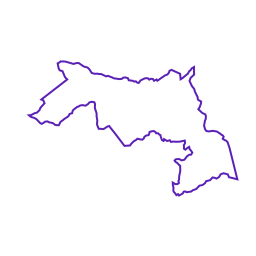 Taquara, Rio Grande do Sul, Brazil, rotated 250°
{"feature_id": "56859067B74945803904377", "entity_name": "Taquara", "entity_type": "district", "adm_level": 2, "iso_a3": "BRA", "parent_name": "Brazil", "parent_adm1": "Rio Grande do Sul", "projection": "robinson", "projection_center": [-50.778, -29.634], "detail": "fine", "context": "isolated", "style": "outline", "palette": "violet", "viewbox_px": 256, "rotation_deg": 250, "n_neighbors": 0, "source": "geoboundaries", "source_scale": "gbopen_adm2", "svg_char_len": 3356}
<svg xmlns="http://www.w3.org/2000/svg" viewBox="0 0 256 256"><g transform="rotate(250 128 128)"><path d="M47.7,156.9L49.1,158.6L48.8,160.1L47.6,161.1L46.7,165.5L47.4,168.0L47.3,169.7L47.5,171.7L49.4,175.4L49.0,177.6L49.1,179.3L49.9,181.7L51.3,183.1L50.9,187.3L52.6,190.5L51.7,192.2L50.2,193.9L50.8,196.8L52.8,199.2L52.8,202.3L50.3,205.9L47.1,206.1L46.3,207.5L42.4,213.2L48.1,213.8L61.3,215.2L69.0,216.0L74.7,216.6L79.0,216.7L80.9,216.7L82.6,215.8L83.8,214.5L85.5,213.3L87.0,214.9L88.4,214.6L89.6,213.6L91.1,212.7L94.2,210.4L96.3,206.8L96.8,204.4L97.2,202.6L98.4,200.6L100.6,200.0L102.4,200.2L104.0,200.2L108.6,202.8L109.7,204.0L112.6,205.3L114.3,205.3L116.8,202.9L121.5,200.5L122.9,202.3L125.9,204.8L127.9,205.8L130.2,203.7L131.6,203.5L133.3,204.0L139.3,203.3L141.9,203.6L145.5,202.4L151.1,201.9L153.7,204.0L155.6,208.4L159.7,209.7L162.7,210.9L162.2,208.2L161.2,207.0L160.3,204.8L158.6,202.9L156.2,196.1L155.8,194.1L161.1,195.5L167.7,188.8L167.6,186.7L165.7,185.0L164.8,183.3L164.7,180.6L163.5,175.9L162.8,173.5L162.4,171.7L163.8,171.4L163.5,168.6L165.6,168.1L166.4,166.4L166.2,164.5L167.5,164.0L168.4,162.8L168.9,160.5L168.4,156.0L166.7,153.5L167.7,152.0L169.2,151.3L169.5,149.7L170.7,148.7L171.5,147.2L172.6,145.0L174.7,145.0L176.4,142.9L176.9,140.8L176.3,138.9L177.1,136.1L178.4,133.9L179.3,132.0L181.1,130.2L183.9,126.9L184.0,125.1L186.1,123.0L188.0,121.1L188.5,119.4L189.6,117.7L190.2,115.5L192.0,112.8L196.2,111.8L198.1,111.0L199.2,110.0L200.8,107.6L202.8,106.1L205.9,103.9L206.6,102.0L206.9,98.6L208.4,96.6L212.0,91.6L213.6,87.5L213.0,85.8L212.8,84.0L207.4,83.2L205.5,83.6L203.8,85.9L197.3,86.2L194.4,87.5L184.4,56.3L182.9,57.9L179.8,58.0L177.1,52.9L175.0,50.8L173.6,47.8L173.8,45.0L173.3,41.3L173.8,39.3L172.3,40.1L171.1,41.2L169.7,43.2L167.6,45.0L162.8,47.1L161.4,48.3L161.7,50.2L162.3,52.3L161.7,54.7L160.3,55.8L159.5,57.2L158.6,58.7L157.4,59.7L155.9,60.5L155.0,62.1L154.3,64.0L156.8,66.6L157.7,69.7L158.3,71.3L158.8,73.7L159.5,76.1L161.2,78.0L161.0,80.5L163.3,82.1L164.0,83.5L164.6,85.7L165.2,87.1L165.1,88.7L165.5,90.7L165.1,93.0L163.5,95.7L164.2,98.7L165.2,100.3L165.1,102.7L163.7,105.2L161.8,105.2L158.2,103.7L152.5,103.5L149.8,102.5L145.4,101.7L143.9,100.9L141.8,100.1L139.9,100.1L137.3,100.2L136.5,102.3L135.5,104.0L135.5,105.6L136.4,108.8L136.3,111.0L134.2,111.6L127.8,113.8L121.0,115.9L115.8,117.5L113.8,118.1L112.3,118.7L111.9,120.5L111.4,122.0L110.9,123.9L112.2,125.9L112.9,127.4L113.6,129.0L114.0,131.5L114.7,133.1L113.9,134.4L112.9,136.0L112.1,137.6L112.9,139.4L114.1,140.4L114.7,142.4L114.3,144.9L115.4,146.0L116.9,146.9L116.8,149.4L116.3,151.1L114.9,152.4L113.5,152.6L112.6,154.6L111.2,155.1L110.1,156.1L108.8,155.8L107.2,155.8L105.0,155.8L103.7,157.0L105.2,158.1L102.4,160.3L102.2,163.1L100.2,163.6L99.8,165.8L98.9,167.9L98.1,169.9L97.4,172.4L97.0,175.2L96.8,177.0L95.2,176.8L93.8,176.0L92.8,174.6L90.9,174.1L89.4,173.5L88.0,174.5L89.0,177.1L89.3,179.0L87.2,178.7L85.1,179.5L82.9,180.0L81.4,178.3L81.9,176.4L81.2,173.7L79.7,171.5L78.9,170.0L79.2,167.4L81.2,165.6L81.9,163.8L82.2,162.2L81.6,160.7L79.8,161.1L78.4,162.3L76.0,163.3L74.7,164.1L73.1,163.5L71.0,162.9L69.3,162.2L67.3,160.9L65.1,159.6L63.8,159.0L62.2,158.4L60.8,157.2L59.0,157.1L58.4,155.4L59.0,153.3L61.4,151.4L59.3,150.7L56.1,150.3L54.4,149.4L52.6,149.1L50.7,149.9L48.4,150.5L48.8,152.3L47.1,152.8L47.7,156.9Z" fill="none" stroke="#5b21b6" stroke-width="2"/></g></svg>